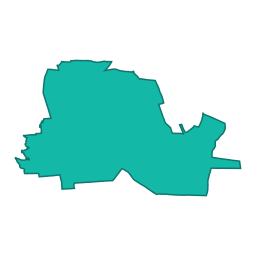 the district of Boghesti, Bacau, Romania
{"feature_id": "2599482B44554474680390", "entity_name": "Boghesti", "entity_type": "district", "adm_level": 2, "iso_a3": "ROU", "parent_name": "Romania", "parent_adm1": "Bacau", "projection": "natural_earth1", "projection_center": [27.419, 46.16], "detail": "fine", "context": "isolated", "style": "filled", "palette": "teal", "viewbox_px": 256, "rotation_deg": 0, "n_neighbors": 0, "source": "geoboundaries", "source_scale": "gbopen_adm2", "svg_char_len": 5642}
<svg xmlns="http://www.w3.org/2000/svg" viewBox="0 0 256 256"><path d="M112.7,180.6L114.2,178.9L115.1,177.7L115.7,176.9L116.2,176.2L118.1,173.7L118.6,173.2L118.8,172.8L120.0,171.2L121.9,168.8L122.1,168.6L124.8,170.1L126.3,171.1L128.1,172.1L128.6,172.6L129.7,174.0L131.7,176.8L134.0,179.8L135.0,180.4L139.9,183.6L142.0,184.9L143.5,185.7L144.1,186.0L144.5,186.3L145.8,187.1L148.1,188.9L149.7,189.9L150.4,190.4L151.4,191.1L153.3,192.2L153.1,192.3L153.8,192.7L156.5,194.4L156.7,194.2L158.1,194.0L158.9,194.0L160.6,194.1L162.0,194.1L164.7,194.2L167.3,194.0L167.9,194.4L172.5,194.7L176.6,195.0L185.3,195.2L186.2,195.0L206.3,195.6L206.7,194.1L207.3,192.4L207.4,191.8L207.8,189.4L207.8,187.2L207.9,185.4L207.8,181.5L208.0,179.9L208.6,177.5L209.5,173.8L209.9,172.8L210.4,171.4L210.5,170.3L210.8,169.0L211.1,168.2L232.3,168.3L237.0,168.4L240.6,168.4L239.7,162.1L239.7,161.3L239.5,161.1L238.3,161.0L235.0,160.6L234.2,160.4L233.5,160.4L233.3,160.5L230.1,159.9L223.9,159.1L221.6,158.8L218.2,158.3L214.7,157.7L214.1,157.7L212.4,157.4L212.2,157.3L212.0,157.1L212.0,156.3L212.0,154.8L212.0,154.1L212.0,153.3L212.2,151.5L212.4,150.9L212.9,149.9L213.4,149.3L214.3,148.3L214.5,148.0L214.6,147.3L215.0,146.7L215.2,146.4L215.2,146.2L215.2,145.6L215.3,144.9L215.3,144.5L215.3,143.8L215.3,142.7L215.2,142.0L215.3,141.4L215.8,140.7L216.1,140.4L216.4,140.2L216.6,140.2L218.2,138.9L219.3,137.1L220.9,135.4L221.6,134.7L222.4,134.2L223.0,133.3L223.2,132.8L223.8,132.1L224.2,131.1L224.7,130.1L224.7,129.8L225.2,128.8L225.1,125.0L225.0,124.1L224.9,123.4L211.7,117.4L208.6,116.1L204.3,114.5L203.0,113.3L202.8,114.2L202.8,114.5L203.1,115.1L202.3,117.7L202.0,119.3L201.0,122.2L200.2,123.9L199.8,124.7L199.4,125.6L198.9,126.7L198.4,127.0L198.1,127.0L194.6,126.0L194.1,125.9L193.5,126.9L193.2,127.3L191.0,129.1L188.1,131.3L186.9,132.3L185.2,132.4L184.1,130.3L183.8,129.8L183.0,128.1L182.2,125.7L181.6,124.4L180.7,124.5L179.6,124.8L180.7,127.1L181.1,128.2L181.4,129.0L182.1,130.6L183.0,132.9L183.4,133.9L182.4,133.8L180.7,133.4L177.9,133.4L176.5,133.4L172.4,133.3L171.5,130.9L171.1,129.5L170.7,128.4L170.5,127.5L169.4,126.7L168.4,125.7L167.5,124.8L165.7,123.4L165.3,122.7L164.5,120.8L164.1,119.4L163.4,117.9L163.1,117.3L162.9,116.7L162.5,115.8L162.4,114.9L161.9,113.6L161.2,111.8L158.7,104.4L160.2,104.1L160.5,103.9L162.0,103.6L163.0,103.3L163.7,102.9L162.4,97.9L162.1,96.9L161.6,95.5L160.4,93.1L159.7,91.5L159.4,90.3L158.8,88.4L157.3,84.9L156.9,84.3L156.3,82.8L155.2,80.5L147.2,79.8L142.8,79.1L141.2,78.9L139.3,78.9L138.1,77.4L137.6,76.6L137.0,75.9L136.3,75.4L136.0,75.1L135.1,74.3L134.6,73.8L133.9,73.3L133.3,72.5L133.9,72.1L133.4,71.3L132.2,71.8L131.6,72.0L130.0,71.9L128.4,71.6L127.2,71.6L125.4,71.5L124.7,71.4L123.1,71.2L120.0,70.7L116.1,69.3L114.9,69.1L113.0,69.2L111.3,69.4L104.9,70.6L105.3,70.2L106.5,68.8L107.6,67.7L108.2,66.8L108.9,66.0L110.5,63.7L111.4,62.2L111.6,61.6L111.3,61.6L108.4,61.6L108.0,61.8L107.6,61.6L106.3,61.6L104.3,61.2L103.1,61.4L101.7,61.8L100.5,62.0L99.1,62.1L98.4,62.3L97.5,62.4L96.9,62.3L95.5,62.2L95.2,62.0L94.2,62.0L93.3,61.8L92.4,61.5L91.9,61.2L91.5,61.0L89.7,60.9L88.0,60.5L86.8,60.6L84.7,60.6L83.9,60.6L81.0,60.6L76.8,60.4L74.3,60.5L72.9,60.7L71.9,60.8L71.1,60.7L70.8,60.8L70.5,61.8L70.2,62.0L69.9,62.1L68.9,62.0L66.7,62.0L61.7,61.6L61.6,62.2L59.4,64.9L59.0,65.3L58.6,65.5L58.4,65.5L57.9,65.3L57.6,65.2L57.3,65.2L57.2,65.3L57.2,65.6L57.6,66.2L58.6,69.5L58.6,70.3L56.8,70.1L53.3,69.8L51.9,69.5L47.9,69.3L47.8,69.6L46.3,73.5L44.8,77.0L44.7,77.5L44.5,79.7L44.3,79.8L44.0,82.8L43.5,87.8L43.2,92.4L43.3,93.4L43.6,94.4L44.8,98.2L48.3,109.2L51.0,118.3L48.2,118.5L44.0,118.8L43.6,119.6L43.3,120.8L43.1,121.4L42.7,121.5L42.4,121.0L42.0,121.1L41.9,121.5L42.6,122.4L42.3,122.8L41.4,122.3L40.5,124.4L40.0,124.7L39.8,125.3L40.9,125.8L40.9,126.5L39.8,126.4L39.7,126.9L39.7,127.1L40.5,127.5L41.0,127.9L41.2,128.2L41.4,130.4L41.2,130.9L41.2,131.1L41.7,131.8L41.7,132.2L41.6,132.4L41.2,132.6L41.0,132.8L41.1,133.0L41.2,133.3L40.9,133.4L36.0,133.6L36.0,134.7L34.5,134.7L33.9,134.7L33.0,134.8L30.4,134.8L28.4,135.2L24.7,135.5L23.6,135.5L23.7,136.0L24.2,136.2L24.8,136.4L25.0,136.6L25.2,136.8L25.1,137.0L25.2,137.3L26.2,137.6L27.0,137.7L25.9,141.2L25.9,141.4L26.3,141.8L26.1,142.6L25.8,143.3L25.4,143.8L25.2,143.9L25.2,144.3L25.5,145.5L25.7,145.8L26.7,146.5L27.2,147.0L27.3,147.1L27.9,147.1L28.4,147.2L28.9,147.7L29.1,147.9L29.1,148.0L28.7,148.1L27.1,148.2L27.0,148.3L27.1,149.2L27.1,149.4L27.0,149.5L24.3,150.2L24.1,150.4L24.0,150.6L22.8,150.8L22.1,150.3L21.8,150.3L21.7,150.5L21.6,151.0L21.7,151.9L21.7,152.3L21.9,152.6L22.2,152.8L22.4,152.8L22.6,152.7L22.9,152.7L23.6,153.0L23.9,153.2L24.0,153.3L23.8,153.7L23.8,153.8L24.3,154.7L24.7,155.4L25.4,156.1L25.9,156.7L26.0,157.1L26.0,157.5L26.1,158.1L26.0,158.7L27.6,158.6L27.7,158.1L27.8,158.0L28.0,158.0L28.6,158.4L29.2,159.0L29.3,159.2L29.3,159.3L29.3,159.6L29.1,159.7L28.8,159.7L28.6,159.8L27.9,159.7L27.1,159.3L26.6,159.3L26.1,159.5L25.6,159.8L24.8,160.1L23.8,160.2L22.4,160.1L21.8,160.1L20.8,159.8L18.7,158.8L18.1,158.7L17.1,158.6L16.9,158.4L16.7,158.2L16.1,157.8L15.6,157.7L15.4,157.8L15.4,158.0L15.4,158.3L15.6,158.6L16.6,160.1L17.1,161.3L17.2,161.7L17.4,162.1L18.6,163.3L18.8,163.4L19.3,164.6L19.6,165.0L19.8,165.3L19.8,165.6L19.8,165.9L19.7,166.5L19.9,167.0L20.5,167.7L20.9,168.0L21.2,168.2L22.1,168.3L22.4,168.4L23.3,168.6L23.7,168.7L24.5,169.3L24.1,170.6L24.1,171.0L24.3,171.6L24.4,172.8L24.5,173.2L24.8,173.6L32.9,173.5L38.5,173.4L38.7,173.7L39.2,176.8L47.7,176.1L48.9,176.0L49.4,175.8L49.9,175.8L51.1,175.9L59.9,174.9L60.7,178.6L61.7,182.6L62.0,189.1L69.9,188.7L74.4,188.4L74.1,187.5L73.9,184.7L74.3,183.1L88.5,182.2L106.3,180.9L112.7,180.6Z" fill="#14b8a6" stroke="#0f766e" stroke-width="1.5"/></svg>